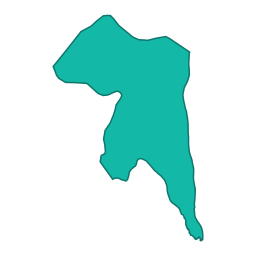 Mongoumba, Lobaye, Central African Republic
{"feature_id": "33826404B21321520993489", "entity_name": "Mongoumba", "entity_type": "district", "adm_level": 2, "iso_a3": "CAF", "parent_name": "Central African Republic", "parent_adm1": "Lobaye", "projection": "robinson", "projection_center": [18.556, 3.707], "detail": "fine", "context": "isolated", "style": "filled", "palette": "teal", "viewbox_px": 256, "rotation_deg": 0, "n_neighbors": 0, "source": "geoboundaries", "source_scale": "gbopen_adm2", "svg_char_len": 3509}
<svg xmlns="http://www.w3.org/2000/svg" viewBox="0 0 256 256"><path d="M156.6,38.1L148.0,40.3L138.6,39.7L132.7,37.0L127.2,32.4L118.8,25.5L114.1,19.4L110.5,15.6L107.5,15.4L103.2,15.9L96.6,21.1L91.2,26.1L81.1,31.5L65.9,50.8L53.2,66.5L56.7,75.5L58.9,78.4L65.5,82.4L74.5,82.6L87.0,83.4L98.2,93.5L103.2,95.5L108.1,94.9L112.7,92.8L116.6,91.2L119.5,91.8L121.7,94.5L121.5,96.4L120.0,99.3L116.1,105.0L115.2,109.4L113.7,114.4L110.2,122.9L105.1,130.5L103.6,139.1L104.8,144.7L105.4,151.4L104.9,153.5L101.2,155.6L100.2,161.8L112.7,179.3L114.7,178.3L117.2,177.9L119.5,178.6L121.5,179.7L123.7,180.3L126.1,181.0L127.5,179.4L128.3,177.2L128.9,174.5L129.4,172.0L130.6,170.1L132.1,168.5L133.7,167.2L135.5,166.0L136.4,163.7L137.0,161.1L138.1,159.3L139.8,158.6L142.3,158.9L144.3,159.9L146.3,160.9L147.8,162.6L149.2,164.1L150.6,165.7L151.9,167.3L153.3,169.0L154.7,170.6L156.5,171.9L157.9,173.5L159.6,174.8L161.2,176.1L162.6,177.7L164.0,179.3L165.2,181.2L166.0,183.5L166.9,185.7L167.1,188.6L167.4,191.5L168.0,194.1L168.8,196.4L169.6,198.6L170.5,200.8L171.9,202.5L173.5,203.7L175.3,205.0L177.0,206.4L178.6,207.7L179.8,209.6L180.2,210.9L180.3,211.2L180.7,212.3L181.5,214.1L182.7,214.7L183.3,215.1L183.5,215.5L184.1,216.9L184.2,218.0L184.6,218.2L185.0,218.7L185.6,220.0L185.8,220.7L185.9,222.3L185.7,223.9L185.9,224.6L186.0,225.0L186.3,225.3L186.4,225.5L186.2,225.8L186.4,226.2L186.6,226.5L186.9,227.1L186.9,227.6L187.1,228.2L187.7,229.0L187.9,229.3L188.1,229.2L188.3,229.0L188.5,229.2L188.7,229.7L188.7,230.1L188.8,230.4L189.2,230.8L189.4,231.1L189.3,231.3L189.4,231.6L189.4,232.1L189.3,232.4L189.4,232.5L189.5,232.7L189.3,232.8L189.3,233.0L189.7,233.5L190.2,233.8L190.4,234.3L190.5,234.7L190.6,235.0L190.8,235.4L191.1,235.4L191.5,235.3L192.0,235.4L192.5,235.7L193.0,236.3L193.4,236.8L194.1,237.1L194.4,237.9L194.6,238.3L194.9,238.3L195.0,238.2L195.3,238.3L195.5,238.7L195.5,239.2L195.9,239.4L196.1,239.3L196.2,239.2L196.6,239.0L197.0,238.9L197.3,238.7L197.5,238.4L197.7,238.2L197.8,238.0L198.3,238.0L198.5,238.0L198.5,237.6L198.7,237.3L198.7,237.1L199.0,237.0L199.1,237.3L199.1,237.5L199.5,237.6L199.9,237.9L200.2,238.1L200.4,238.5L200.8,238.9L201.0,239.0L201.0,239.3L201.0,239.6L200.6,240.0L200.4,239.9L200.3,239.7L200.2,240.0L200.2,240.3L200.6,240.6L200.9,240.1L201.1,240.3L201.3,240.2L201.3,240.3L201.3,240.5L201.6,240.4L201.7,240.2L201.3,240.0L201.2,239.9L201.3,239.8L201.7,239.7L201.8,239.7L202.0,239.9L202.7,239.7L202.8,236.5L202.7,234.3L202.6,232.7L202.4,231.5L202.1,230.0L201.6,228.1L201.1,226.8L200.0,225.0L199.3,223.9L198.3,222.6L197.4,221.2L195.3,217.5L194.9,216.0L194.6,214.1L194.5,212.6L194.4,210.9L194.1,208.7L194.7,207.7L194.6,206.0L194.3,204.0L194.5,202.5L194.8,200.0L194.9,197.8L195.1,194.7L195.1,192.8L195.3,190.3L195.1,188.0L194.5,185.5L194.1,183.3L193.7,180.7L193.4,177.9L193.5,175.3L193.7,170.7L193.6,168.7L193.3,166.6L192.8,164.8L192.4,162.9L192.0,160.7L191.8,159.7L191.3,157.9L190.6,156.2L190.1,154.7L189.3,151.6L189.0,149.2L188.5,144.0L188.5,140.4L188.6,137.9L188.4,135.6L188.1,132.2L188.1,129.4L188.1,127.1L188.1,124.6L187.9,122.4L187.6,119.4L187.1,115.8L186.7,114.1L186.6,112.5L186.5,111.9L186.2,110.7L185.7,109.4L185.1,107.6L184.6,104.8L184.0,102.4L183.5,99.7L183.1,96.9L182.9,95.0L183.0,93.5L183.4,92.0L184.0,88.7L184.5,87.2L185.1,86.0L185.8,84.6L186.2,83.8L187.6,80.9L188.1,79.2L188.7,77.4L189.2,75.4L189.4,73.9L189.2,72.1L189.2,70.4L189.2,68.7L188.9,66.7L188.7,63.7L189.0,58.4L189.1,55.7L189.3,53.6L189.6,52.1L169.8,38.7L165.8,36.6L156.6,38.1Z" fill="#14b8a6" stroke="#0f766e" stroke-width="1.5"/></svg>